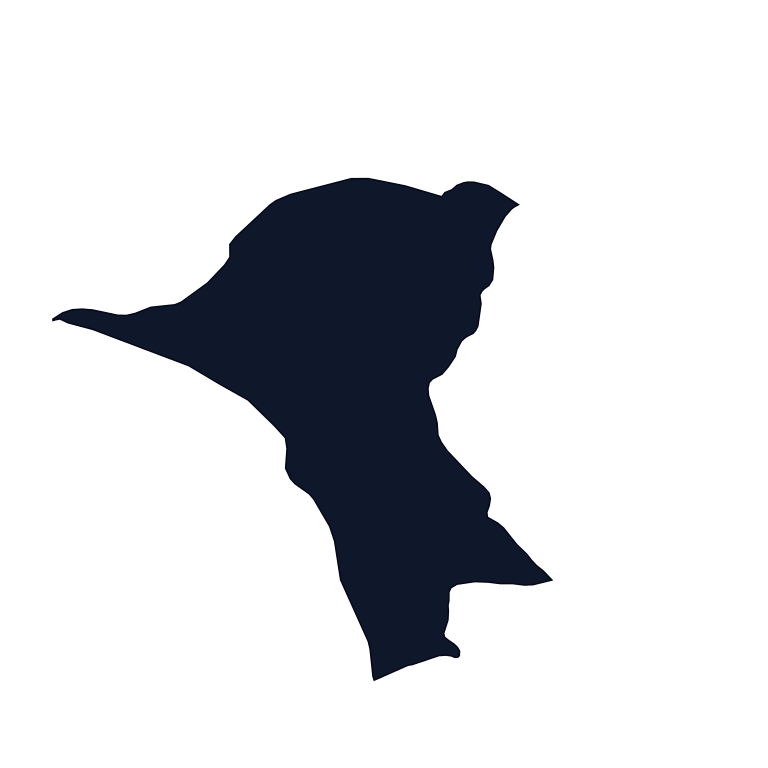 the Prefecture of Ibaraki, rotated 141°
{"feature_id": "JPN-1856", "entity_name": "Ibaraki", "entity_type": "Prefecture", "adm_level": 1, "iso_a3": "JPN", "parent_name": "Japan", "parent_adm1": "", "projection": "robinson", "projection_center": [140.305, 36.33], "detail": "fine", "context": "isolated", "style": "filled", "palette": "ink", "viewbox_px": 768, "rotation_deg": 141, "n_neighbors": 0, "source": "natural_earth", "source_scale": "10m", "svg_char_len": 1755}
<svg xmlns="http://www.w3.org/2000/svg" viewBox="0 0 768 768"><g transform="rotate(141 384 384)"><path d="M578.0,160.0L576.5,163.8L561.7,186.6L558.2,193.8L541.0,259.0L521.3,292.9L515.8,307.5L511.0,338.8L511.2,345.6L515.9,362.3L516.3,369.3L513.5,380.4L500.0,394.8L494.5,404.2L495.4,420.3L499.7,457.1L511.1,485.7L524.2,521.1L576.0,609.8L591.0,630.4L594.9,638.5L598.8,640.6L601.3,641.6L600.5,642.8L588.8,641.5L579.5,637.9L571.5,632.2L563.8,624.8L547.7,605.0L541.1,599.4L533.2,595.5L516.9,590.3L496.7,577.2L490.1,575.2L457.6,573.5L432.9,576.7L423.9,579.5L415.9,589.5L406.6,591.6L359.6,594.9L352.4,594.4L337.1,590.0L280.3,564.2L266.9,553.5L243.0,524.7L221.2,493.1L216.2,494.4L209.1,492.2L202.2,492.4L195.3,490.1L191.9,488.2L187.2,484.3L178.0,472.5L175.7,465.9L173.9,460.9L166.7,438.8L171.7,439.7L174.9,439.8L184.6,438.1L200.0,432.3L212.9,425.3L216.4,422.1L221.7,411.6L225.6,405.5L234.0,396.8L240.5,394.6L246.2,394.9L249.4,394.6L253.6,392.8L258.1,385.3L274.7,369.9L279.0,368.0L282.8,367.3L289.4,368.7L292.5,368.9L296.6,368.7L305.6,365.0L311.2,360.7L322.6,357.1L332.6,355.2L343.4,357.4L348.0,356.7L352.7,352.8L356.7,347.0L363.6,327.8L367.2,320.4L374.3,310.3L376.2,302.8L377.0,292.2L374.2,256.6L371.3,240.6L371.0,233.3L373.5,228.0L378.7,223.3L384.8,219.6L387.5,215.4L383.2,204.4L381.7,196.9L381.9,176.0L380.2,161.9L380.3,154.2L379.8,147.0L377.9,138.4L376.9,126.0L394.4,134.2L401.4,139.4L409.6,147.9L419.0,155.5L427.7,164.5L437.8,173.3L453.3,182.5L460.2,183.5L464.5,181.4L470.1,174.6L473.6,171.7L476.6,167.3L482.9,160.3L494.5,152.7L496.3,149.2L495.2,144.1L493.3,137.9L492.7,133.2L493.3,129.0L496.4,125.5L498.4,125.2L501.0,127.0L502.8,130.4L506.7,134.5L512.3,138.4L538.7,148.2L542.4,150.4L578.0,160.0Z" fill="#0f172a" stroke="#020617" stroke-width="1.5"/></g></svg>